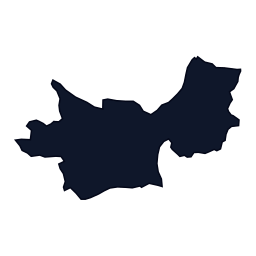 the district of Paramytha, Limassol, Cyprus
{"feature_id": "46923920B63427576461062", "entity_name": "Paramytha", "entity_type": "district", "adm_level": 2, "iso_a3": "CYP", "parent_name": "Cyprus", "parent_adm1": "Limassol", "projection": "albers", "projection_center": [32.975, 34.759], "detail": "fine", "context": "isolated", "style": "filled", "palette": "ink", "viewbox_px": 256, "rotation_deg": 0, "n_neighbors": 0, "source": "geoboundaries", "source_scale": "gbopen_adm2", "svg_char_len": 1632}
<svg xmlns="http://www.w3.org/2000/svg" viewBox="0 0 256 256"><path d="M194.5,57.6L192.2,59.7L187.5,67.6L186.0,74.2L184.4,82.3L182.2,88.4L177.6,93.9L172.6,98.9L168.6,102.5L161.8,105.1L157.3,110.3L150.9,114.7L143.2,111.2L139.5,105.3L133.3,101.3L125.8,101.3L116.5,100.7L107.7,99.1L103.0,100.0L102.8,109.1L94.4,107.1L86.8,102.3L75.5,97.1L65.5,90.0L60.2,84.1L52.9,80.1L51.5,83.8L53.2,87.3L56.9,90.9L60.1,98.7L59.0,105.3L59.7,111.1L62.5,118.6L58.9,121.8L54.0,121.6L53.9,121.5L50.9,124.0L46.5,126.1L43.2,123.5L38.7,121.2L36.3,120.2L29.5,121.9L26.6,126.0L31.5,130.3L30.4,139.7L21.3,139.3L15.4,140.1L19.9,145.7L22.1,150.4L27.5,153.0L31.2,156.3L39.8,155.1L44.9,157.0L55.9,156.2L61.1,156.5L64.4,161.3L58.8,164.0L60.2,168.7L63.4,173.6L65.3,181.6L63.5,187.1L64.5,190.5L70.4,187.6L76.1,193.2L81.1,199.2L84.7,199.2L85.3,199.2L90.5,197.6L98.7,193.9L104.1,190.8L109.9,188.0L117.5,186.9L126.2,187.3L132.3,187.8L140.0,186.0L141.5,187.3L149.1,183.3L158.1,185.3L162.1,186.5L161.4,179.0L158.2,171.9L156.9,163.6L157.7,154.6L159.5,146.9L163.8,141.4L168.7,138.9L171.8,142.8L170.8,147.2L172.3,149.4L177.8,154.3L179.9,156.4L184.5,155.3L187.2,157.1L191.0,156.8L193.9,152.5L198.4,152.3L205.0,153.4L208.9,151.8L214.2,149.4L216.8,150.7L220.5,148.9L222.2,141.9L225.1,140.4L225.1,140.2L226.0,134.3L228.0,129.3L231.5,126.4L238.6,125.6L239.0,119.9L233.1,115.7L231.1,115.0L228.5,111.5L227.5,108.6L230.0,103.1L232.3,99.7L230.6,95.1L229.5,91.8L233.8,88.7L236.1,84.5L237.8,81.5L238.2,77.4L239.1,74.4L240.6,71.1L240.5,69.3L237.0,69.5L224.4,67.9L215.9,67.6L212.2,63.9L204.7,62.1L197.7,56.8L196.3,59.1L194.5,57.6Z" fill="#0f172a" stroke="#020617" stroke-width="1.5"/></svg>